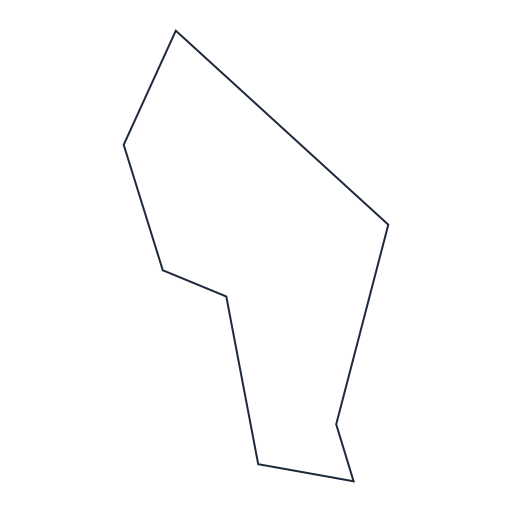 outline of Vlorë, Albania
{"feature_id": "67620474B93518338354482", "entity_name": "Vlorë", "entity_type": "district", "adm_level": 2, "iso_a3": "ALB", "parent_name": "Albania", "parent_adm1": "", "projection": "mercator", "projection_center": [19.277, 40.495], "detail": "fine", "context": "isolated", "style": "outline", "palette": "slate", "viewbox_px": 512, "rotation_deg": 0, "n_neighbors": 0, "source": "geoboundaries", "source_scale": "gbopen_adm2", "svg_char_len": 233}
<svg xmlns="http://www.w3.org/2000/svg" viewBox="0 0 512 512"><path d="M175.8,30.7L123.7,144.8L162.8,270.3L226.3,296.5L258.2,464.2L353.6,481.3L336.2,424.3L388.3,224.7L175.8,30.7Z" fill="none" stroke="#1e293b" stroke-width="2"/></svg>